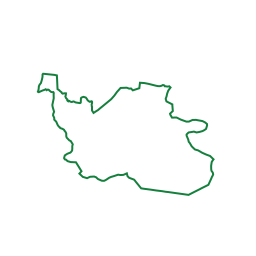 Santa María la Asunción, Oaxaca, Mexico, rotated 240°
{"feature_id": "50627088B43505980471729", "entity_name": "Santa María la Asunción", "entity_type": "district", "adm_level": 2, "iso_a3": "MEX", "parent_name": "Mexico", "parent_adm1": "Oaxaca", "projection": "natural_earth1", "projection_center": [-96.812, 18.103], "detail": "fine", "context": "isolated", "style": "outline", "palette": "green", "viewbox_px": 256, "rotation_deg": 240, "n_neighbors": 0, "source": "geoboundaries", "source_scale": "gbopen_adm2", "svg_char_len": 3660}
<svg xmlns="http://www.w3.org/2000/svg" viewBox="0 0 256 256"><g transform="rotate(240 128 128)"><path d="M141.8,185.1L143.5,184.6L143.7,183.9L143.9,183.4L144.1,183.0L145.3,181.4L145.8,180.7L146.4,180.8L147.2,180.4L147.8,179.6L147.8,178.3L148.1,177.0L148.4,176.3L148.8,175.7L149.2,175.0L150.5,173.5L156.0,167.8L158.7,164.7L161.2,161.0L156.8,157.7L158.2,151.0L160.7,150.4L161.1,149.6L161.5,148.7L163.5,147.1L166.4,141.6L164.7,136.4L164.2,135.3L162.9,132.4L161.7,128.9L161.3,127.5L160.5,122.7L159.3,115.4L159.1,114.0L158.5,110.9L158.5,109.6L158.3,105.7L159.6,105.7L161.2,105.6L163.6,107.0L164.4,107.5L165.0,107.5L165.5,107.8L165.9,108.0L166.2,108.1L166.6,108.3L166.8,108.5L167.3,109.1L167.7,109.4L168.0,109.6L168.3,109.8L168.9,110.0L169.3,109.9L169.5,109.6L169.6,109.2L169.6,108.8L169.6,108.4L169.7,108.1L170.0,107.8L170.7,107.5L171.9,107.0L172.4,106.9L173.3,106.9L173.8,106.9L174.6,106.8L175.4,106.7L175.5,106.6L175.8,106.4L176.2,106.0L176.6,105.6L177.1,105.2L177.3,104.8L177.6,103.0L177.5,102.6L177.4,102.2L174.8,100.5L173.9,100.0L173.7,99.7L173.5,99.4L173.6,99.0L173.6,98.8L176.1,95.7L176.5,95.3L176.9,95.0L177.5,94.7L177.9,94.4L178.2,94.1L178.4,93.7L178.5,92.7L178.6,92.4L178.8,92.1L179.2,91.7L179.7,91.2L180.3,90.9L180.7,90.8L181.0,90.5L181.6,90.0L181.2,89.5L181.7,89.3L182.3,89.2L183.2,89.7L184.7,89.3L186.6,89.5L187.6,90.6L189.0,91.6L189.6,90.8L189.9,90.0L190.5,88.5L191.4,88.2L192.1,88.3L194.2,87.5L195.1,87.3L196.9,86.4L204.4,90.3L209.1,92.7L210.8,90.8L216.8,82.5L217.4,81.6L217.1,80.8L215.0,79.5L213.1,77.8L210.5,75.1L209.6,72.9L208.6,71.6L206.7,70.3L205.4,69.2L204.5,68.1L203.9,68.3L203.6,68.7L203.5,69.8L203.2,72.8L202.8,74.7L202.7,76.1L201.4,76.5L201.5,77.4L201.2,78.0L200.6,78.5L199.6,78.7L197.6,79.5L196.6,80.8L196.4,81.3L195.8,81.3L194.9,80.9L194.3,80.4L190.8,78.5L185.8,74.0L184.0,73.3L179.0,72.1L177.6,70.3L176.4,69.4L173.7,69.2L172.1,68.3L169.4,69.0L165.7,68.6L163.8,68.8L162.6,69.3L161.8,69.3L160.1,70.8L158.5,71.7L157.5,71.6L156.3,71.9L155.5,71.9L154.2,71.8L151.7,70.4L150.3,70.1L149.1,70.4L146.6,71.0L145.3,71.9L141.5,72.0L140.2,70.7L138.1,69.5L137.8,69.3L136.4,68.3L136.2,67.8L135.7,66.6L135.5,65.8L135.8,64.1L136.0,62.5L135.9,60.3L135.8,59.5L133.9,57.6L132.4,57.6L131.5,58.5L129.5,59.1L127.1,61.4L124.3,65.8L123.7,65.8L113.8,66.1L112.8,63.1L109.4,64.1L108.3,64.4L106.8,65.8L105.0,67.5L104.7,70.8L102.9,74.4L101.3,75.7L99.0,76.4L98.5,76.7L97.0,77.8L95.5,78.9L94.6,80.2L94.2,80.9L94.1,82.2L94.1,83.7L94.3,86.4L94.3,87.0L94.2,87.8L94.1,88.8L93.4,91.7L92.5,96.1L91.0,98.0L90.4,99.2L89.7,100.6L89.3,104.3L86.5,103.5L84.3,104.1L80.3,107.4L80.0,107.5L78.9,107.7L77.3,107.9L73.7,108.5L71.7,108.8L69.2,109.2L67.5,111.3L63.3,116.8L59.8,121.2L56.2,126.0L54.3,128.3L53.8,128.9L52.6,130.6L46.8,138.0L44.4,141.1L39.8,147.0L39.6,151.3L39.3,156.6L39.1,159.7L39.1,160.9L38.8,165.8L38.6,169.2L42.2,174.3L42.6,174.8L42.8,175.1L43.8,176.4L44.4,177.5L45.3,178.6L46.6,179.0L47.0,179.1L49.2,178.9L50.6,179.4L51.9,180.1L53.7,181.1L56.7,183.5L57.6,185.2L58.1,186.4L62.7,185.1L65.7,182.6L69.4,179.9L71.0,179.0L73.6,177.5L74.0,177.1L76.0,175.2L80.2,174.0L83.0,174.0L84.1,174.0L85.7,173.7L87.9,174.4L90.2,174.7L92.0,174.9L93.1,175.5L93.6,177.2L93.8,178.4L92.9,180.6L91.9,183.3L91.1,184.0L89.9,185.1L88.9,187.8L88.2,190.5L88.1,190.9L88.0,192.9L88.2,195.1L89.2,196.2L90.7,197.8L92.0,198.4L94.4,197.5L95.8,196.6L96.8,195.9L98.6,193.8L100.1,192.0L101.0,191.0L102.7,187.9L103.1,183.9L104.4,181.7L108.9,177.9L112.8,175.3L115.0,171.3L115.5,171.3L118.5,171.3L119.4,171.6L120.3,175.3L124.1,177.1L125.2,177.6L126.3,178.2L131.8,174.6L134.4,175.2L136.2,177.3L138.0,178.9L139.2,180.3L140.2,181.5L140.9,183.0L141.8,185.1Z" fill="none" stroke="#15803d" stroke-width="2"/></g></svg>